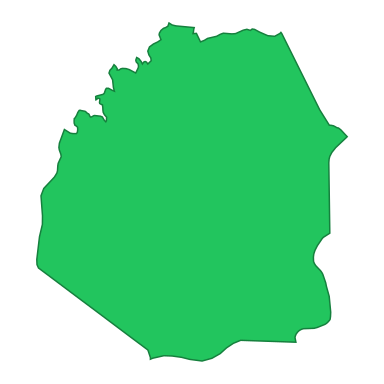 Atakora, Robinson projection
{"feature_id": "BEN-2181", "entity_name": "Atakora", "entity_type": "Department", "adm_level": 1, "iso_a3": "BEN", "parent_name": "Benin", "parent_adm1": "", "projection": "robinson", "projection_center": [1.484, 10.71], "detail": "fine", "context": "isolated", "style": "filled", "palette": "green", "viewbox_px": 384, "rotation_deg": 0, "n_neighbors": 0, "source": "natural_earth", "source_scale": "10m", "svg_char_len": 2651}
<svg xmlns="http://www.w3.org/2000/svg" viewBox="0 0 384 384"><path d="M274.7,36.3L280.0,33.4L280.9,32.4L281.8,33.6L319.7,109.8L329.3,125.2L331.1,125.3L333.5,125.8L335.2,126.7L336.2,127.3L337.2,127.8L338.1,127.9L338.6,128.1L340.9,129.9L347.2,136.7L335.7,147.6L331.8,152.5L329.8,156.4L329.1,159.1L328.8,162.8L329.8,233.2L327.6,234.6L323.4,237.3L322.8,237.9L322.3,238.4L317.4,245.6L315.0,250.3L313.8,253.9L313.4,257.1L313.5,260.5L313.6,261.6L313.8,262.2L314.6,263.9L315.7,265.6L320.7,270.9L321.9,272.6L322.8,274.3L325.7,282.8L326.4,286.3L329.2,296.4L330.7,312.2L330.5,316.6L330.1,319.3L329.5,320.3L328.1,321.9L326.6,323.3L324.9,324.4L317.2,327.5L314.1,328.3L303.4,328.7L301.5,329.3L299.6,330.3L298.6,331.1L297.5,332.2L296.0,334.3L295.4,335.9L295.0,337.2L295.1,338.1L295.9,342.2L240.7,340.3L233.4,343.3L226.6,347.8L220.2,353.6L211.9,358.3L202.1,361.0L189.8,359.4L181.5,357.3L172.1,356.0L163.9,355.7L152.8,358.2L150.4,359.2L150.4,357.5L147.9,350.0L127.3,334.6L99.5,313.7L82.9,301.3L71.7,292.9L53.2,279.0L38.5,268.0L37.0,264.6L36.8,259.5L39.5,236.7L42.4,224.4L42.5,215.8L41.0,195.8L43.8,188.4L54.4,177.1L56.9,173.0L57.5,170.7L57.8,165.7L58.2,163.3L61.2,156.8L60.9,154.4L59.3,149.9L58.9,147.5L59.4,143.1L64.4,129.5L70.3,133.2L73.0,133.6L76.4,133.6L77.3,132.4L77.7,129.8L77.6,127.3L76.4,126.1L74.9,125.2L74.2,123.2L74.1,120.7L74.3,118.5L75.0,118.0L76.7,115.2L77.8,112.5L79.1,110.5L80.0,110.2L80.9,110.5L85.1,111.3L86.4,112.3L87.4,113.4L88.5,113.8L89.0,114.3L90.0,116.5L90.4,117.0L91.6,116.9L93.7,115.7L94.5,115.5L100.5,116.2L102.4,117.0L103.0,118.1L104.3,120.3L105.8,121.8L106.4,120.8L106.6,117.2L104.4,114.7L103.2,112.3L102.9,109.9L102.8,107.4L102.4,104.8L102.1,104.8L100.2,103.8L99.7,103.4L99.5,102.4L99.9,99.6L99.7,98.7L97.8,98.2L96.6,99.5L95.9,99.8L95.7,96.5L96.7,96.0L103.1,94.3L104.2,93.4L105.6,89.4L106.4,88.3L108.5,88.3L112.4,90.4L114.4,91.2L113.4,87.4L112.6,79.8L109.0,73.1L109.9,70.3L111.9,68.2L114.0,64.7L115.8,66.4L117.3,68.9L117.1,70.0L118.8,70.1L119.8,69.5L120.8,68.8L122.5,68.4L126.1,68.6L129.3,69.6L135.7,73.0L138.2,67.9L138.5,66.2L138.1,64.0L136.2,61.9L135.8,60.1L136.7,57.5L138.9,58.7L141.2,61.6L142.4,64.0L143.7,62.1L145.1,61.5L146.5,62.1L147.8,64.0L151.2,60.7L150.8,57.9L148.9,54.9L147.8,51.1L149.5,46.9L153.4,44.0L157.8,41.9L161.0,39.7L159.1,34.9L159.4,33.1L161.0,30.4L163.5,28.3L165.8,27.5L165.9,27.4L167.9,26.2L169.0,23.0L172.2,25.0L176.0,25.9L194.2,27.6L193.8,29.0L193.4,32.1L193.0,33.6L196.4,33.4L200.5,41.9L204.3,40.4L207.6,38.4L216.6,36.3L220.3,34.3L223.3,33.2L231.9,33.9L235.6,33.6L243.2,30.2L246.9,29.3L250.3,30.4L252.2,29.0L254.6,29.4L259.6,32.1L267.8,35.7L274.7,36.3Z" fill="#22c55e" stroke="#15803d" stroke-width="1.5"/></svg>